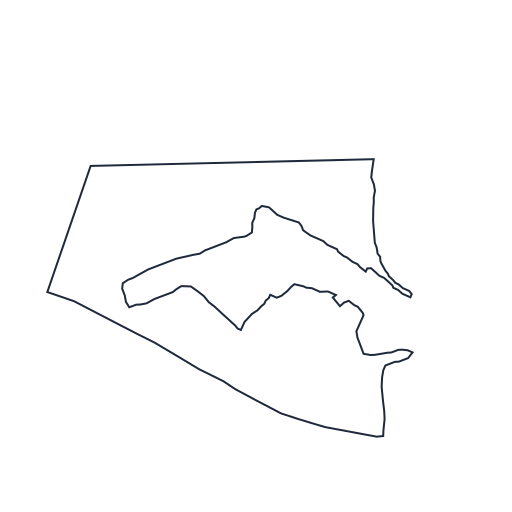 Police Department Port of Damietta, Dumyat, Egypt (Mercator projection), rotated 113°
{"feature_id": "37247803B59643082406240", "entity_name": "Police Department Port of Damietta", "entity_type": "district", "adm_level": 2, "iso_a3": "EGY", "parent_name": "Egypt", "parent_adm1": "Dumyat", "projection": "mercator", "projection_center": [31.766, 31.466], "detail": "fine", "context": "isolated", "style": "outline", "palette": "slate", "viewbox_px": 512, "rotation_deg": 113, "n_neighbors": 0, "source": "geoboundaries", "source_scale": "gbopen_adm2", "svg_char_len": 2540}
<svg xmlns="http://www.w3.org/2000/svg" viewBox="0 0 512 512"><g transform="rotate(113 256 256)"><path d="M372.0,68.6L366.6,70.6L355.9,73.9L348.8,77.3L339.9,82.4L327.4,89.2L318.5,92.5L311.4,94.2L306.2,94.1L301.0,88.7L299.2,86.9L297.5,83.3L294.0,79.7L290.6,76.1L283.6,74.2L283.5,79.5L285.1,84.8L286.8,88.4L290.3,92.0L292.0,93.8L293.7,97.3L297.2,102.7L300.6,108.1L302.3,111.6L304.0,118.7L300.4,122.2L298.6,123.9L296.8,125.6L293.2,129.1L291.4,130.8L286.0,134.2L282.5,134.1L275.4,134.0L271.9,133.9L268.4,133.9L266.6,135.6L262.9,142.6L262.9,146.1L261.0,153.1L264.4,156.7L269.4,159.1L264.2,169.1L260.7,167.2L260.6,172.5L260.6,176.0L264.0,183.2L263.9,186.7L263.8,192.0L265.5,197.3L265.4,200.8L267.0,209.7L270.5,211.5L275.8,213.4L279.3,215.2L282.8,217.1L286.3,220.7L286.2,224.2L286.1,227.7L289.7,227.8L293.2,229.6L296.7,229.7L300.2,231.5L305.4,233.4L310.7,237.0L315.9,238.9L321.2,240.8L324.7,240.9L330.0,241.0L330.0,244.5L328.1,248.0L326.3,253.3L324.4,258.5L322.6,263.8L320.7,269.0L318.8,274.3L317.0,281.3L313.3,288.3L311.4,295.3L309.5,304.1L312.9,313.0L318.1,316.6L321.6,318.4L325.1,322.0L328.5,325.6L335.4,332.8L342.4,338.3L345.9,343.6L347.6,347.2L351.0,350.8L352.7,352.6L349.1,357.8L343.8,361.2L342.0,362.9L338.4,366.4L333.1,368.0L327.8,364.4L324.4,360.8L317.4,355.4L310.4,349.9L305.2,344.5L300.0,339.1L294.8,333.7L289.6,328.3L284.5,321.2L279.3,314.0L275.9,308.7L270.6,305.0L267.2,301.4L260.2,294.2L255.0,288.8L248.1,283.4L242.9,274.5L241.2,272.6L236.0,269.0L230.7,270.7L227.1,272.4L221.8,272.3L216.5,273.9L212.9,273.8L211.2,272.0L207.7,270.2L206.1,263.1L207.9,257.9L209.8,252.6L209.9,245.6L208.4,229.7L210.3,226.2L212.1,224.4L213.9,222.7L215.8,213.9L215.9,205.1L216.0,199.8L217.9,194.6L218.0,189.3L218.1,184.0L219.9,182.2L221.8,175.2L221.8,171.7L223.7,164.7L223.8,159.4L225.6,155.9L227.5,148.9L224.0,148.8L222.3,145.3L224.1,140.0L226.0,134.8L226.1,129.5L227.9,124.2L229.8,118.9L231.6,117.2L231.7,111.9L233.5,106.7L233.6,103.1L233.7,97.8L230.2,97.8L228.3,101.3L228.2,108.3L226.4,113.6L226.3,117.1L224.5,120.6L222.6,125.9L220.8,127.6L219.0,131.1L213.6,138.0L211.8,139.7L208.2,141.4L206.4,144.9L201.0,148.3L197.4,151.8L177.8,162.0L165.4,167.0L160.1,168.7L156.5,170.4L149.4,172.0L144.1,175.4L138.7,180.6L133.4,182.2L120.9,185.5L237.7,443.4L370.7,434.0L369.4,415.9L368.7,405.8L372.8,352.9L374.1,335.3L374.3,332.5L375.3,316.0L379.1,287.8L382.5,263.7L383.6,243.8L384.0,237.1L385.8,227.8L386.7,222.8L388.8,199.7L391.1,171.6L389.6,153.9L388.1,139.7L386.5,125.6L378.3,88.4L375.1,74.2L372.0,68.6Z" fill="none" stroke="#1e293b" stroke-width="2"/></g></svg>